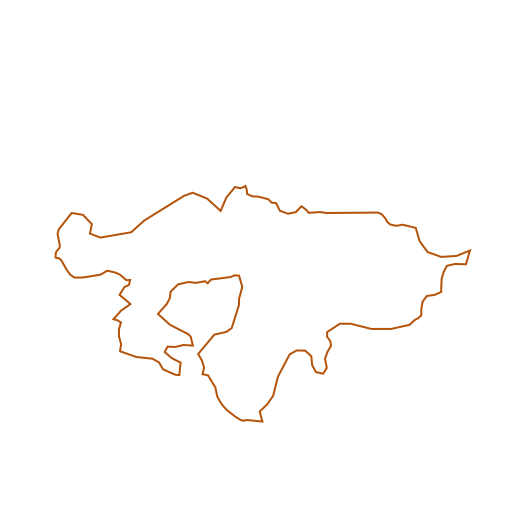 SVG path tracing the border of Pest, rotated 319°
{"feature_id": "HUN-3164", "entity_name": "Pest", "entity_type": "County", "adm_level": 1, "iso_a3": "HUN", "parent_name": "Hungary", "parent_adm1": "", "projection": "natural_earth1", "projection_center": [19.256, 47.5], "detail": "fine", "context": "isolated", "style": "outline", "palette": "amber", "viewbox_px": 512, "rotation_deg": 319, "n_neighbors": 0, "source": "natural_earth", "source_scale": "10m", "svg_char_len": 2166}
<svg xmlns="http://www.w3.org/2000/svg" viewBox="0 0 512 512"><g transform="rotate(319 256 256)"><path d="M119.2,164.0L119.6,163.9L111.2,158.6L104.9,153.3L103.5,148.1L104.1,142.3L106.3,130.9L105.5,127.7L104.0,126.6L103.8,125.6L106.6,122.6L108.6,121.6L112.8,121.0L114.8,119.5L120.7,109.2L124.5,106.5L145.1,102.6L152.4,111.4L153.0,124.3L145.4,130.1L150.5,139.9L177.4,156.2L194.9,155.9L241.2,163.4L249.7,166.7L256.8,180.7L258.9,198.8L272.0,192.4L285.4,190.2L288.6,194.5L291.2,195.6L293.9,196.2L292.6,199.8L290.0,203.4L292.4,208.6L296.5,212.5L302.5,221.2L302.8,225.9L305.9,229.3L303.7,237.5L307.9,245.1L314.8,249.0L322.9,248.3L324.1,253.4L324.1,258.0L333.1,264.8L337.2,269.6L376.5,303.2L378.3,307.1L378.3,312.1L377.4,316.3L377.9,320.1L381.7,325.3L387.2,328.6L395.0,339.6L389.2,352.2L388.1,365.6L395.2,378.2L407.4,387.5L421.1,392.2L409.0,400.0L400.9,392.5L393.7,388.7L387.3,391.1L381.1,395.0L372.1,404.6L365.2,402.5L358.8,398.3L351.9,399.7L345.7,404.7L342.0,409.1L337.7,409.4L333.9,408.4L326.8,408.7L310.1,399.7L300.1,391.0L295.1,386.6L283.0,369.2L274.8,362.1L259.9,360.1L256.7,363.5L256.2,369.1L253.6,373.0L246.9,375.3L240.7,378.8L236.0,386.9L229.5,388.9L225.1,382.9L226.8,375.2L232.0,367.9L231.1,359.8L224.8,354.0L217.0,352.3L193.5,361.4L177.3,372.7L167.2,375.3L156.8,375.8L152.2,385.1L141.5,373.8L138.0,371.7L136.7,369.3L135.0,363.7L132.9,352.9L132.8,347.5L133.4,341.8L134.6,336.6L139.1,328.5L141.5,314.7L138.1,310.1L143.7,306.1L146.7,299.0L148.1,292.0L172.9,288.0L183.8,293.8L190.3,294.5L211.0,281.8L215.1,277.2L225.4,270.3L230.3,259.7L227.3,256.6L223.0,255.2L206.5,244.2L201.7,244.9L201.0,241.6L192.9,236.8L188.1,231.4L178.6,226.3L168.2,226.9L163.2,231.3L157.2,233.7L144.0,235.4L146.0,251.7L153.6,270.5L153.8,274.0L149.6,282.2L142.9,275.6L135.6,271.8L129.7,266.4L124.1,268.6L125.4,277.8L129.2,287.0L120.0,295.6L117.3,292.8L111.5,280.6L113.0,272.7L110.5,265.6L99.4,253.7L90.9,238.7L96.4,234.0L99.8,226.8L104.5,221.4L110.5,217.6L109.2,213.6L107.0,210.2L118.4,208.7L129.7,209.9L127.5,195.8L136.3,193.1L141.2,194.5L145.2,191.5L142.3,189.1L141.1,180.8L138.9,176.1L134.1,169.5L126.4,168.1L119.8,164.0L119.2,164.0Z" fill="none" stroke="#b45309" stroke-width="2"/></g></svg>